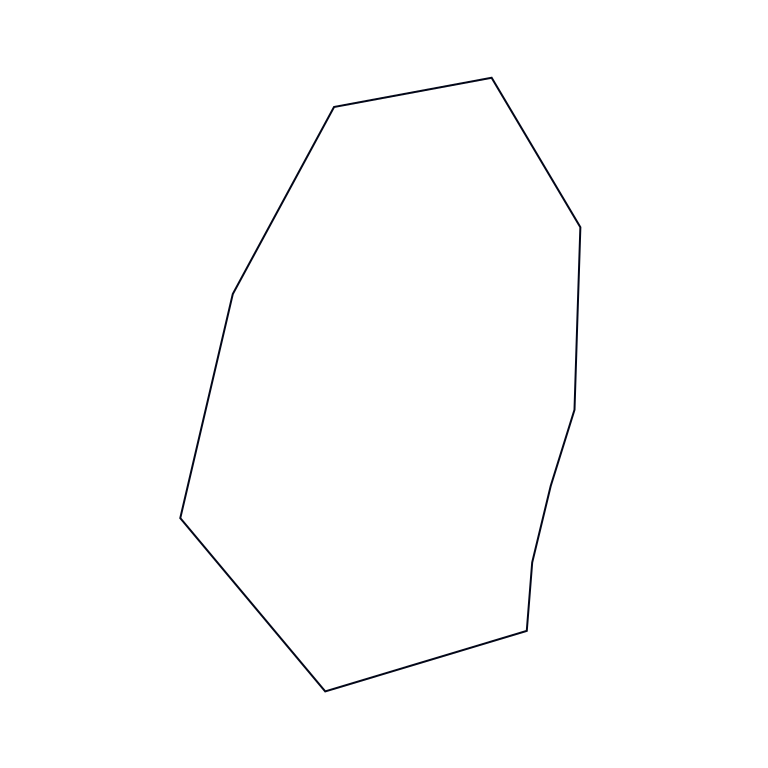 map outline of Gəncə (Mercator projection), rotated 162°
{"feature_id": "AZE-1679", "entity_name": "Gəncə", "entity_type": "Municipality", "adm_level": 1, "iso_a3": "AZE", "parent_name": "Azerbaijan", "parent_adm1": "", "projection": "mercator", "projection_center": [46.342, 40.674], "detail": "fine", "context": "isolated", "style": "outline", "palette": "ink", "viewbox_px": 768, "rotation_deg": 162, "n_neighbors": 0, "source": "natural_earth", "source_scale": "10m", "svg_char_len": 310}
<svg xmlns="http://www.w3.org/2000/svg" viewBox="0 0 768 768"><g transform="rotate(162 384 384)"><path d="M345.9,662.9L187.0,642.0L148.8,472.4L180.6,384.4L210.8,300.6L256.9,235.6L298.2,168.5L324.5,105.1L534.9,109.8L619.2,319.4L500.0,516.3L345.9,662.9Z" fill="none" stroke="#020617" stroke-width="2"/></g></svg>